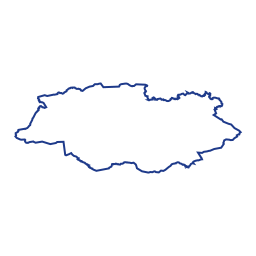 Taurenes pag., Vecpiebalgas, Latvia
{"feature_id": "27541924B70861266122116", "entity_name": "Taurenes pag.", "entity_type": "district", "adm_level": 2, "iso_a3": "LVA", "parent_name": "Latvia", "parent_adm1": "Vecpiebalgas", "projection": "natural_earth1", "projection_center": [25.678, 57.137], "detail": "fine", "context": "isolated", "style": "outline", "palette": "blue", "viewbox_px": 256, "rotation_deg": 0, "n_neighbors": 0, "source": "geoboundaries", "source_scale": "gbopen_adm2", "svg_char_len": 5651}
<svg xmlns="http://www.w3.org/2000/svg" viewBox="0 0 256 256"><path d="M38.5,109.9L37.3,111.2L37.5,111.2L35.6,113.1L33.2,117.8L32.5,118.5L32.3,119.8L30.2,123.8L30.3,124.8L30.1,125.2L29.3,125.7L28.2,127.1L27.3,128.0L25.3,128.9L25.2,128.7L18.4,129.9L18.2,130.6L18.4,131.1L18.1,131.6L17.7,131.7L17.6,132.1L15.7,133.1L15.7,134.3L16.1,135.0L16.1,135.5L15.4,136.4L16.7,137.9L20.0,139.4L21.2,139.7L24.8,139.5L25.2,139.9L25.0,141.2L25.4,142.0L26.1,142.7L27.2,142.9L27.6,142.7L28.2,142.8L29.4,142.1L33.3,141.5L33.6,141.8L35.6,142.7L42.2,141.6L50.3,144.1L55.9,143.0L57.2,142.0L63.5,141.8L65.2,154.8L66.1,155.3L69.0,154.2L71.2,153.1L72.3,154.6L73.9,155.9L76.3,156.6L77.3,157.5L77.5,158.0L78.7,158.3L78.6,158.6L78.2,158.7L78.2,158.8L77.8,159.1L78.2,159.3L78.2,159.6L78.6,159.6L78.6,159.8L79.4,160.3L80.0,160.4L80.1,160.8L81.0,161.0L80.9,161.2L81.1,161.4L81.3,161.3L81.4,161.6L82.0,161.4L82.9,162.2L83.7,162.3L84.1,162.6L84.9,162.8L85.2,163.4L85.9,163.7L86.1,164.0L86.9,164.5L87.1,164.8L87.5,164.8L87.6,164.5L87.8,164.6L88.0,164.9L88.5,165.1L88.3,165.2L88.2,165.7L88.5,165.8L88.6,166.1L89.2,166.6L88.9,166.7L88.9,167.0L89.7,167.6L89.9,167.6L90.0,167.8L92.1,168.5L92.0,168.8L93.6,169.7L96.4,170.8L108.9,168.4L109.2,167.7L111.4,166.6L111.5,166.4L112.1,164.1L112.9,164.0L113.3,164.3L113.7,164.0L115.1,164.1L115.5,163.7L116.7,163.8L117.2,164.3L118.2,164.1L118.9,164.5L120.2,164.5L120.4,164.1L120.9,163.7L122.0,163.8L122.9,163.5L123.5,163.2L123.7,162.6L124.9,162.2L127.1,162.4L127.1,162.5L129.8,162.7L131.4,163.1L133.6,162.7L135.7,164.4L136.1,165.2L137.0,168.3L142.0,171.3L147.9,172.5L148.9,172.5L150.3,172.0L152.3,172.2L154.2,171.4L154.9,171.4L155.9,172.1L158.8,172.4L161.0,170.6L163.4,170.9L165.4,169.8L168.9,166.9L170.5,165.9L171.7,164.3L173.4,163.7L174.5,163.6L175.2,163.3L175.8,163.4L176.1,162.9L177.5,162.3L178.8,162.4L179.9,163.4L181.6,163.8L182.5,164.7L182.9,164.8L183.6,164.5L184.1,164.7L184.3,165.0L184.8,165.1L184.8,165.3L185.0,165.4L185.2,165.7L185.5,165.8L185.3,166.0L185.3,166.3L186.2,166.3L186.7,166.5L186.9,166.7L186.8,166.9L187.3,166.7L187.6,167.2L188.3,167.5L188.6,167.4L188.5,166.8L189.0,166.2L189.5,166.0L190.0,165.6L190.8,164.1L192.2,163.3L192.9,163.3L193.6,163.5L192.9,162.6L193.2,161.9L193.5,161.6L195.7,160.7L197.6,160.3L198.5,160.4L201.0,159.4L202.0,159.3L201.4,157.8L201.1,157.5L198.0,152.6L202.1,152.9L203.9,151.8L207.0,151.4L209.1,150.8L209.9,150.8L214.2,149.0L221.2,147.7L223.8,143.9L223.3,143.0L223.7,142.2L224.2,140.4L226.1,139.4L229.4,139.7L230.4,140.1L232.7,140.0L234.4,138.2L237.2,136.5L236.8,135.3L238.7,134.3L239.3,134.4L239.8,132.7L240.6,132.2L239.2,130.7L234.5,128.1L231.2,124.5L228.6,123.8L223.4,121.7L221.6,119.3L220.8,119.5L213.7,115.0L216.1,113.4L214.7,109.8L215.5,109.5L215.0,109.3L215.6,108.8L215.2,108.4L215.4,108.2L215.3,107.9L215.8,108.0L216.5,107.8L216.7,107.5L216.9,107.5L217.0,106.9L217.3,106.7L217.7,106.9L218.1,106.8L218.9,106.1L219.9,106.0L220.1,106.4L220.3,106.1L221.7,106.1L222.3,104.9L222.2,104.3L222.3,104.0L221.5,103.5L221.4,103.0L221.5,102.2L220.0,100.2L219.6,100.0L219.1,99.2L219.2,98.7L218.9,98.4L217.6,98.4L215.4,97.7L213.9,97.6L212.5,98.1L212.3,98.4L212.5,99.1L212.3,99.2L211.2,99.2L210.4,98.7L210.2,98.2L209.3,97.3L209.1,96.7L210.1,95.8L209.6,95.2L209.7,94.7L210.2,94.5L210.3,94.2L210.4,93.9L210.1,93.4L209.6,93.2L209.4,94.0L208.7,94.3L206.8,93.2L206.4,92.3L205.7,92.0L205.7,92.4L205.3,93.4L204.6,94.2L205.1,94.8L205.1,95.0L204.6,95.3L204.0,95.2L203.6,95.4L203.8,95.6L204.4,95.6L204.2,95.9L203.6,96.0L202.9,95.9L202.2,96.4L201.9,96.2L201.2,96.3L200.1,95.4L199.4,95.4L199.3,94.9L198.8,94.9L198.3,94.6L197.9,94.6L197.4,93.9L196.3,93.8L195.6,94.1L195.2,93.7L194.2,93.3L192.9,92.1L192.4,92.2L192.3,92.8L191.3,92.7L190.4,93.4L188.8,93.6L188.5,93.6L188.3,92.9L187.5,92.5L187.9,93.1L186.4,93.9L185.5,95.0L185.2,95.2L184.4,94.8L183.2,93.6L181.7,93.9L180.5,94.6L178.2,94.8L177.8,95.7L178.5,96.3L178.6,97.1L179.1,97.3L179.2,97.5L177.9,97.6L178.6,98.5L178.3,98.7L178.3,98.4L178.0,98.4L177.6,98.5L177.3,98.9L175.5,99.2L174.3,99.1L174.2,98.9L174.3,98.7L173.8,98.7L172.5,98.0L171.8,97.9L171.7,98.1L172.0,98.2L171.7,98.7L171.0,98.8L170.5,99.2L170.6,99.7L170.2,100.2L168.6,101.0L167.9,101.1L166.6,100.9L165.8,100.3L164.9,100.0L163.8,100.2L163.4,100.0L163.5,99.6L163.4,99.4L161.5,99.7L160.9,98.8L160.4,98.5L157.4,99.1L157.4,99.6L157.2,99.8L155.1,99.6L155.2,99.3L155.1,98.6L153.9,97.5L153.5,97.4L152.5,98.1L152.9,98.9L152.9,99.3L152.8,99.5L150.4,99.7L149.0,100.3L148.3,100.0L149.0,99.9L148.2,99.2L148.2,98.8L147.4,97.6L147.6,96.3L145.4,95.8L144.4,93.2L144.7,93.1L144.8,92.7L145.3,92.3L145.2,91.8L145.8,91.5L146.0,91.2L145.0,89.8L144.6,88.5L144.6,88.0L145.6,86.3L146.1,86.1L146.8,86.2L147.1,86.0L147.2,85.6L146.8,85.3L145.2,84.7L136.1,84.3L134.0,86.0L132.6,86.0L132.4,86.2L131.4,86.1L129.7,85.3L129.1,84.9L127.9,84.0L126.7,83.6L125.2,83.6L121.1,84.2L119.8,84.9L119.2,86.5L118.9,86.6L103.4,87.2L100.7,83.5L99.1,83.7L97.6,84.2L94.9,84.2L94.0,84.9L93.4,85.7L92.9,86.0L89.6,86.6L85.7,88.3L82.6,90.9L81.1,90.6L80.9,90.4L80.9,90.0L80.2,89.2L79.3,89.1L79.1,88.9L78.5,88.7L78.0,88.9L76.7,88.9L76.2,88.5L75.4,88.3L74.7,87.5L72.8,87.5L72.5,87.9L72.0,87.6L70.7,87.7L69.9,88.1L70.0,88.3L69.8,88.4L68.6,88.6L67.8,89.5L66.6,90.3L66.5,91.3L64.3,92.4L63.6,93.3L62.9,93.6L62.5,93.7L61.4,93.0L60.0,93.1L59.5,92.6L58.4,92.5L57.4,93.5L57.4,94.1L54.4,94.7L53.8,94.6L47.2,96.0L44.7,95.2L38.2,97.0L38.0,98.5L38.8,99.0L39.2,99.8L38.8,100.4L39.1,100.9L39.8,101.3L39.5,101.8L39.8,102.2L40.7,102.0L41.7,102.3L42.4,102.3L43.6,103.0L46.2,107.2L44.6,107.9L42.8,107.2L42.4,107.3L41.1,106.1L40.2,106.1L39.8,106.4L39.6,106.9L38.9,107.4L39.1,107.7L38.7,108.2L39.1,108.3L38.9,108.7L38.2,109.1L38.5,109.9Z" fill="none" stroke="#1e3a8a" stroke-width="2"/></svg>